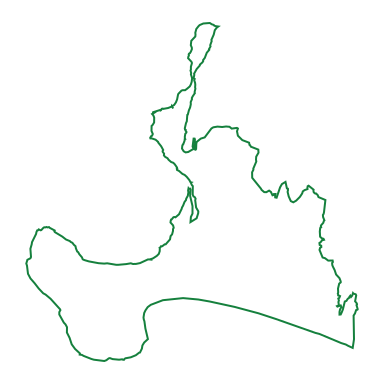 the district of As Salif, Al Hudaydah, Yemen
{"feature_id": "15242507B64792839712750", "entity_name": "As Salif", "entity_type": "district", "adm_level": 2, "iso_a3": "YEM", "parent_name": "Yemen", "parent_adm1": "Al Hudaydah", "projection": "orthographic", "projection_center": [42.691, 15.273], "detail": "fine", "context": "isolated", "style": "outline", "palette": "green", "viewbox_px": 384, "rotation_deg": 0, "n_neighbors": 0, "source": "geoboundaries", "source_scale": "gbopen_adm2", "svg_char_len": 5985}
<svg xmlns="http://www.w3.org/2000/svg" viewBox="0 0 384 384"><path d="M354.0,339.2L353.6,315.6L355.0,313.4L356.1,310.1L357.4,309.7L357.7,309.2L356.5,305.1L357.0,304.6L356.8,303.4L355.1,301.3L356.2,295.3L355.7,294.3L353.4,293.6L353.0,293.1L352.2,295.6L351.0,297.0L350.3,295.7L349.3,297.0L348.9,298.1L347.8,298.7L346.4,300.9L344.8,301.5L342.9,309.4L341.8,312.2L340.7,314.5L339.5,314.6L339.5,311.9L340.1,309.3L341.4,307.1L340.7,305.4L337.4,306.6L337.0,306.1L338.9,305.3L338.4,302.0L338.9,300.5L338.3,298.5L339.3,297.9L340.0,296.1L338.2,295.4L338.3,294.8L337.8,293.7L338.2,292.4L338.0,288.6L339.2,283.6L340.7,282.4L340.7,281.4L339.5,278.2L336.1,274.5L334.6,270.0L332.9,266.6L332.3,265.1L332.1,263.0L332.9,262.0L332.6,260.5L328.2,260.6L325.0,258.2L322.6,257.5L319.5,249.9L320.1,247.8L321.3,247.1L321.2,245.7L319.7,245.0L319.4,243.0L320.9,241.9L322.0,240.3L324.0,239.8L323.5,238.8L321.8,238.3L320.1,236.7L319.8,231.5L320.2,228.0L321.2,227.2L320.8,226.2L321.1,225.3L323.3,222.8L323.8,221.0L324.4,220.4L323.1,217.1L322.9,215.0L323.6,213.9L324.0,212.2L325.4,200.0L318.5,197.1L317.7,195.1L316.1,193.5L315.3,193.6L313.8,192.4L313.4,190.8L313.6,189.7L308.6,185.7L307.7,186.2L307.4,187.7L307.5,189.1L304.6,190.1L302.8,191.4L302.2,193.4L299.9,196.9L296.1,200.7L293.3,202.3L290.8,201.1L288.7,196.4L287.6,191.9L288.0,190.1L287.9,188.7L286.9,188.4L285.5,181.9L281.9,184.1L280.1,187.3L276.6,197.7L275.2,197.4L275.1,195.2L275.4,194.0L273.8,194.1L273.5,195.0L272.5,195.3L270.9,191.9L269.1,190.6L266.3,192.2L264.2,192.1L261.6,189.9L260.9,188.6L252.2,177.8L252.1,172.3L253.4,169.7L253.3,168.6L256.3,161.5L256.0,159.7L256.2,156.7L258.5,152.7L258.3,149.6L250.9,146.7L250.1,145.2L249.5,144.9L249.1,142.7L242.3,140.1L237.9,135.7L237.0,131.3L237.9,128.5L236.9,127.9L231.7,128.6L229.5,126.8L226.1,126.5L222.2,127.0L217.5,126.6L213.3,127.3L211.4,128.5L204.7,137.4L200.8,138.6L196.7,141.9L196.3,143.8L196.1,149.0L195.6,149.7L194.7,149.4L194.6,148.6L194.6,145.6L195.1,143.9L194.8,142.4L194.9,139.3L194.6,138.6L193.6,138.6L192.6,146.6L193.4,148.4L193.0,149.2L188.2,152.0L185.6,152.4L183.7,151.3L182.0,148.6L182.3,145.7L182.8,144.5L183.2,144.4L184.6,140.6L184.7,139.2L185.2,139.0L184.9,138.5L184.8,136.9L185.3,133.8L186.4,132.5L186.4,131.7L185.5,130.6L185.7,129.9L185.0,129.4L184.8,128.3L186.0,123.1L186.8,121.3L187.3,114.9L187.8,114.6L188.9,110.3L190.1,107.5L190.8,104.3L190.7,102.1L192.0,99.1L191.8,98.1L192.6,96.5L194.8,93.2L194.6,93.0L194.7,91.6L195.4,88.7L195.1,87.2L195.3,84.9L195.1,82.9L194.2,80.1L194.7,79.0L193.6,78.3L194.3,74.9L194.1,73.7L196.7,69.0L199.8,65.5L199.9,64.6L202.4,62.4L203.2,61.1L203.1,60.1L204.8,57.9L206.8,52.7L209.2,49.9L208.9,49.6L209.0,49.1L210.5,46.5L210.2,45.2L211.7,41.1L211.4,39.9L213.7,34.7L214.8,30.2L216.8,27.6L218.3,26.5L215.4,26.1L214.2,25.6L213.7,24.9L211.8,24.3L209.8,23.0L203.3,23.5L199.6,25.1L198.5,26.2L196.3,29.0L195.3,32.8L195.5,34.5L195.3,36.5L191.3,40.8L190.8,45.2L191.8,47.6L191.9,49.1L190.9,51.6L189.9,53.2L189.1,53.6L188.7,54.3L188.9,55.5L188.3,56.8L188.1,58.2L191.2,61.5L191.8,62.4L191.9,63.3L190.9,66.7L190.9,69.7L190.5,70.4L191.2,73.1L190.9,74.3L192.1,78.1L191.7,81.8L190.9,84.3L189.8,86.4L187.0,88.8L185.1,90.2L182.7,90.2L181.5,90.6L178.4,93.8L178.0,94.8L177.1,99.4L175.9,102.4L174.2,104.9L171.9,106.3L173.2,108.5L171.8,106.2L171.7,106.6L168.1,108.0L163.2,108.9L162.8,108.6L161.8,108.8L161.0,110.2L160.4,110.5L160.1,110.0L153.1,112.2L152.9,113.3L153.3,113.3L152.1,114.0L153.3,115.3L154.2,117.6L154.1,122.5L152.6,125.0L151.6,125.9L151.5,130.9L152.8,134.0L152.1,135.7L151.1,136.2L150.2,137.8L150.4,138.4L151.8,138.4L155.6,139.7L158.1,141.9L158.2,142.5L161.2,146.3L163.2,150.0L162.6,151.1L162.7,151.8L164.1,153.7L163.9,155.4L165.2,156.9L167.5,158.2L168.6,159.8L171.1,162.0L173.3,162.8L174.7,164.2L177.0,167.5L177.2,168.4L176.8,168.5L177.0,169.9L179.1,171.0L182.4,173.9L184.6,174.9L186.7,176.8L189.3,180.0L190.5,182.2L191.3,182.4L191.0,182.6L191.1,183.4L191.9,185.1L192.8,186.1L192.7,194.6L193.5,196.4L194.8,197.2L195.6,198.7L195.2,200.2L196.1,207.5L198.3,211.3L198.2,213.2L196.6,218.3L190.5,222.1L190.9,216.9L192.5,213.6L192.5,206.1L190.1,195.8L190.5,189.7L190.1,188.6L188.7,188.7L188.5,188.4L188.1,190.5L188.4,192.3L187.8,195.8L186.2,198.7L186.0,200.0L184.5,202.0L183.1,205.6L182.0,207.5L181.6,209.0L179.0,214.3L175.5,217.3L174.8,217.0L173.5,217.2L171.5,219.6L171.1,219.6L170.7,220.7L170.5,222.5L173.1,225.4L173.7,227.8L173.0,229.1L173.0,230.9L172.1,234.3L170.6,236.1L170.0,239.4L165.7,244.3L164.7,244.3L162.3,246.2L160.9,246.3L160.6,247.1L159.6,247.8L159.8,248.2L159.7,251.2L158.8,253.9L156.8,255.9L153.1,258.3L151.5,258.9L151.5,259.7L151.2,259.7L151.1,259.0L149.3,259.5L148.0,259.4L140.0,263.1L136.1,263.9L133.0,264.0L130.8,263.3L126.1,264.1L118.2,264.8L116.2,264.8L107.2,263.3L104.2,263.6L98.6,263.2L88.9,261.4L84.8,260.2L83.2,259.6L82.6,259.1L82.0,257.4L79.3,254.2L78.2,252.2L77.2,251.5L75.9,248.3L75.5,246.2L73.8,244.7L72.4,242.8L70.6,241.9L69.9,241.1L66.0,239.5L62.3,236.6L55.0,232.2L54.4,231.5L54.7,230.5L49.5,227.7L49.0,227.1L47.4,227.4L46.4,227.0L45.5,227.4L44.2,227.3L43.2,228.0L41.3,230.1L40.6,230.3L38.7,229.4L38.0,230.3L37.2,230.4L36.4,232.2L36.1,233.9L32.0,242.2L31.7,244.3L30.4,248.8L31.0,257.0L30.4,258.3L27.4,259.8L26.3,263.5L27.0,265.7L28.0,273.8L30.5,278.5L34.6,283.2L38.7,288.5L43.2,293.3L45.6,294.6L50.6,298.8L60.0,309.2L60.4,310.1L59.3,312.1L59.3,314.5L63.8,322.6L65.5,324.4L67.0,327.2L66.9,332.5L69.6,337.9L71.7,344.3L75.1,349.0L79.9,353.4L79.7,354.6L81.9,354.9L83.6,355.9L91.5,359.0L93.9,359.7L104.3,361.0L106.4,360.2L108.7,358.4L109.9,358.1L112.6,359.1L119.1,359.7L122.2,359.3L123.1,359.8L124.1,359.7L124.4,359.0L125.4,358.3L130.8,357.3L135.9,355.2L139.1,352.7L140.0,352.5L141.9,348.6L142.4,345.5L144.2,342.5L147.9,339.1L145.4,328.5L144.4,321.2L143.8,319.5L143.5,317.5L144.2,313.0L145.5,310.3L147.7,307.1L150.8,304.8L162.9,300.2L183.1,298.1L198.3,299.5L209.7,301.5L234.6,306.9L258.5,313.3L275.9,319.0L315.4,332.9L319.3,333.9L341.3,343.1L345.8,344.5L348.1,345.8L352.7,347.9L354.0,339.2Z" fill="none" stroke="#15803d" stroke-width="2"/></svg>